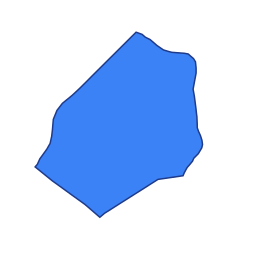 Docamel/La Resource, Vieux Fort, Saint Lucia (Robinson projection), rotated 198°
{"feature_id": "8701671B98536206371918", "entity_name": "Docamel/La Resource", "entity_type": "district", "adm_level": 2, "iso_a3": "LCA", "parent_name": "Saint Lucia", "parent_adm1": "Vieux Fort", "projection": "robinson", "projection_center": [-60.956, 13.742], "detail": "fine", "context": "isolated", "style": "filled", "palette": "blue", "viewbox_px": 256, "rotation_deg": 198, "n_neighbors": 0, "source": "geoboundaries", "source_scale": "gbopen_adm2", "svg_char_len": 1008}
<svg xmlns="http://www.w3.org/2000/svg" viewBox="0 0 256 256"><g transform="rotate(198 128 128)"><path d="M66.0,160.1L67.2,162.6L69.2,167.1L74.5,178.3L78.1,185.1L80.2,201.2L81.2,204.4L81.9,206.4L84.3,211.8L87.2,214.3L90.4,215.6L93.6,217.0L97.4,216.5L104.4,214.8L109.8,213.5L113.8,213.3L118.4,213.2L119.4,213.5L125.9,215.4L134.2,218.9L139.5,219.7L143.5,221.4L148.9,221.6L149.9,221.6L152.7,216.2L165.4,191.4L166.4,189.5L178.2,166.5L179.8,163.3L185.2,152.7L186.9,149.5L191.3,141.6L195.1,135.7L198.0,131.2L201.0,122.8L201.7,113.2L199.5,103.7L199.3,102.9L198.0,96.4L197.8,94.3L197.3,89.1L197.8,87.0L198.6,83.0L201.3,74.5L202.3,71.5L203.0,65.4L204.0,63.1L204.3,62.3L183.5,54.3L180.3,53.3L177.5,52.4L160.6,46.9L145.3,42.0L127.2,34.4L124.0,39.6L83.6,88.4L60.9,99.6L60.7,102.3L60.1,105.8L59.5,108.8L58.1,112.0L57.5,113.5L56.8,115.4L56.4,116.2L56.1,119.5L53.2,125.3L51.7,131.9L52.0,135.3L53.9,139.2L56.7,143.1L59.8,146.5L62.2,149.6L63.3,152.9L66.0,160.1Z" fill="#3b82f6" stroke="#1e3a8a" stroke-width="1.5"/></g></svg>